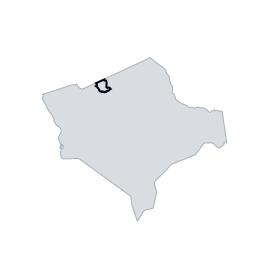 Kajiado Central, Rift Valley, Kenya (highlighted), rotated 126°
{"feature_id": "3690345B79073906522262", "entity_name": "Kajiado Central", "entity_type": "district", "adm_level": 2, "iso_a3": "KEN", "parent_name": "Kenya", "parent_adm1": "Rift Valley", "projection": "albers", "projection_center": [36.936, -2.176], "detail": "fine", "context": "in_parent", "style": "outline", "palette": "ink", "viewbox_px": 256, "rotation_deg": 126, "n_neighbors": 0, "source": "geoboundaries", "source_scale": "gbopen_adm2", "svg_char_len": 4338}
<svg xmlns="http://www.w3.org/2000/svg" viewBox="0 0 256 256"><g transform="rotate(126 128 128)"><path d="M58.3,152.2L58.2,149.3L58.6,141.7L58.5,135.1L58.9,131.8L60.5,129.6L61.3,128.1L61.8,126.0L62.7,124.2L64.6,122.8L65.0,122.0L67.0,119.7L68.3,116.6L69.2,115.6L70.4,114.6L71.2,114.1L72.5,113.6L73.6,113.3L73.8,113.1L73.9,112.6L73.5,110.7L74.0,110.1L74.7,108.8L75.5,107.7L76.3,106.9L76.7,106.2L76.9,104.8L76.9,103.9L76.9,102.4L76.7,98.9L75.8,96.0L75.2,92.7L75.6,91.6L74.9,89.7L74.6,89.6L74.0,89.2L73.3,87.4L72.8,85.8L72.4,85.3L70.1,83.9L68.9,80.5L67.6,79.8L66.9,76.4L66.7,75.5L67.5,72.1L67.4,71.3L66.6,70.6L64.4,69.9L62.6,68.5L62.9,68.1L63.0,67.6L62.0,67.2L59.3,61.5L62.8,58.1L66.4,54.6L70.9,50.1L75.1,46.1L78.7,42.6L81.9,39.5L81.8,40.1L81.8,40.9L82.2,41.3L82.9,41.7L83.8,41.3L84.6,40.8L85.4,40.7L90.3,42.0L91.1,43.2L91.0,44.4L91.2,45.3L90.9,46.1L90.5,48.8L90.6,51.3L92.0,53.1L93.3,54.5L94.4,56.5L95.1,57.2L96.2,57.5L99.5,57.6L104.4,57.7L109.2,57.8L109.6,57.9L110.6,58.1L115.0,60.8L119.0,63.3L122.3,65.5L125.6,67.6L128.8,69.6L131.3,71.3L133.7,71.9L137.7,72.1L140.4,72.2L143.0,72.9L146.7,73.6L149.5,73.9L151.2,74.3L155.9,74.7L156.7,74.5L158.8,72.6L161.1,69.6L162.0,67.9L165.1,66.2L170.3,63.9L174.1,62.3L178.2,60.6L180.1,62.1L182.7,64.4L183.8,65.5L184.8,66.0L186.2,66.4L187.9,66.4L188.8,66.3L190.8,66.0L195.2,65.8L197.8,65.8L195.6,68.9L193.0,72.5L188.3,79.2L184.6,82.8L181.9,85.4L181.6,85.9L181.6,88.9L181.6,96.2L181.6,110.9L181.6,125.5L181.6,140.2L181.6,147.5L181.6,150.0L184.0,153.1L186.4,156.1L189.4,160.1L191.1,162.3L191.3,163.0L191.3,164.4L188.7,167.4L186.6,168.7L183.8,169.4L183.0,169.2L181.9,168.8L181.4,169.5L181.1,170.6L180.5,170.4L180.0,170.1L180.3,172.1L180.6,173.0L180.2,174.4L178.8,175.5L178.7,176.5L175.7,179.1L171.5,179.3L169.3,180.6L168.4,181.6L167.6,183.9L167.9,187.4L166.7,190.1L166.5,191.4L164.3,193.2L163.4,194.8L162.7,196.4L162.0,197.1L161.3,200.7L160.3,203.0L160.0,203.7L159.8,204.4L159.0,205.7L158.5,206.5L158.1,207.1L155.6,212.8L153.6,215.4L152.0,215.1L151.0,216.1L150.9,216.5L150.3,216.3L149.0,215.3L146.4,213.4L143.7,211.5L141.0,209.5L138.4,207.6L135.7,205.7L133.0,203.7L130.4,201.8L127.7,199.9L126.1,198.7L125.4,198.1L124.9,196.7L124.6,196.4L123.9,196.0L123.1,195.9L122.8,195.7L122.9,195.0L123.1,194.1L124.1,192.3L124.2,191.3L124.0,190.1L123.7,188.2L123.5,187.8L121.7,186.8L118.0,184.7L114.3,182.6L110.6,180.6L106.9,178.5L103.1,176.4L99.4,174.3L95.7,172.3L92.0,170.2L88.3,168.1L84.6,166.1L80.8,164.0L77.1,161.9L73.4,159.9L69.7,157.8L66.0,155.7L62.3,153.7L60.9,152.9L59.6,152.2L58.3,152.2ZM181.8,172.4L181.2,172.6L181.5,171.6L183.4,170.3L184.2,170.6L184.4,170.9L184.3,171.2L184.0,171.4L181.8,172.4Z" fill="#d9dde1" stroke="#a8b0b8" stroke-width="1"/><path d="M109.2,165.6L108.3,165.5L108.1,165.5L107.3,165.4L107.2,165.3L106.9,165.2L106.6,165.0L106.5,165.4L106.3,166.5L106.4,167.1L107.1,167.8L107.3,168.0L107.6,168.1L107.7,168.3L107.8,168.4L107.8,168.5L107.7,168.7L107.7,168.8L107.6,169.0L107.7,169.4L107.5,169.5L107.4,169.5L107.1,169.7L107.0,169.8L106.8,170.0L106.7,170.0L105.9,170.7L103.8,172.0L103.7,172.1L103.6,172.3L103.4,172.5L103.2,172.7L103.2,172.8L103.0,173.0L102.9,173.1L102.7,173.4L102.6,173.5L102.6,173.9L103.4,174.9L102.6,175.7L106.6,178.0L107.1,178.3L107.9,178.7L110.5,180.2L110.8,179.3L110.8,179.2L111.0,179.2L111.4,178.8L111.4,178.7L111.5,178.6L111.6,178.4L111.8,178.0L111.9,177.9L112.0,177.9L112.2,177.7L112.2,177.8L112.3,177.9L112.4,178.1L112.6,178.3L112.8,178.5L113.0,178.6L113.0,178.4L113.0,177.9L113.1,177.3L113.1,177.1L113.2,176.8L113.2,176.6L113.5,175.1L113.7,174.5L113.8,174.2L113.9,173.9L114.0,173.8L114.0,173.7L114.3,173.4L114.5,173.3L114.7,173.2L114.8,173.1L115.0,173.0L115.2,172.9L115.4,172.8L115.5,172.8L115.4,172.8L115.2,172.8L115.1,172.7L114.9,172.7L114.9,172.4L114.8,172.2L114.7,172.0L114.7,171.9L114.5,171.7L114.4,171.4L114.2,171.3L114.2,171.2L114.1,170.9L114.2,170.7L114.2,170.4L113.9,170.3L113.7,170.3L113.7,170.2L113.5,169.9L113.5,169.7L113.4,169.7L113.2,169.5L113.1,169.4L113.0,169.2L113.1,168.9L112.9,168.8L112.9,168.7L112.8,168.4L112.8,168.2L112.8,167.9L112.7,167.8L112.6,167.7L112.6,167.8L112.6,167.7L112.4,167.6L112.2,167.5L112.1,167.4L111.9,167.4L111.9,167.2L111.7,167.1L111.4,167.1L111.2,167.1L110.9,167.0L110.9,166.9L110.7,166.8L110.7,166.7L110.4,166.5L110.2,166.6L109.9,166.5L109.7,166.4L109.3,165.9L109.2,165.6Z" fill="none" stroke="#020617" stroke-width="2"/></g></svg>